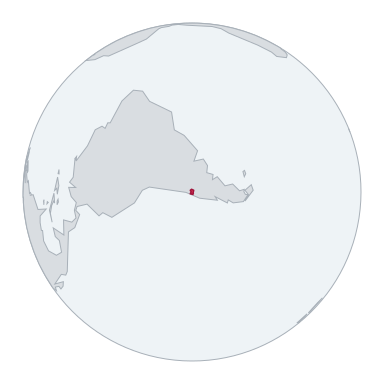 Libertador General Bernardo O'Higgins on an orthographic globe, rotated 273°
{"feature_id": "CHL-2703", "entity_name": "Libertador General Bernardo O'Higgins", "entity_type": "Region", "adm_level": 1, "iso_a3": "CHL", "parent_name": "Chile", "parent_adm1": "", "projection": "orthographic", "projection_center": [-71.138, -34.463], "detail": "fine", "context": "on_globe", "style": "filled", "palette": "rose", "viewbox_px": 384, "rotation_deg": 273, "n_neighbors": 0, "source": "natural_earth", "source_scale": "10m", "svg_char_len": 3964}
<svg xmlns="http://www.w3.org/2000/svg" viewBox="0 0 384 384"><g transform="rotate(273 192 192)"><circle cx="192" cy="192" r="169" fill="#eef3f6" stroke="#a8b0b8"/><path d="M173.3,24.1L172.7,24.2L175.9,24.2L178.7,23.8L177.2,23.7L179.2,23.5L196.0,23.1L212.8,24.3L218.8,25.2L219.6,25.5L212.8,24.9L200.9,24.0L192.1,25.0L203.7,24.4L205.6,25.7L208.3,26.1L211.6,26.4L213.2,26.0L215.1,26.7L204.3,27.1L202.5,26.4L205.9,26.2L200.3,26.0L193.1,27.0L194.6,28.0L182.0,29.8L183.0,30.7L180.7,31.9L180.1,30.2L181.0,33.5L166.5,39.1L167.4,47.3L160.1,41.6L153.6,41.9L145.8,43.6L145.7,44.8L135.3,46.4L125.7,51.8L121.7,59.9L125.0,64.9L136.6,62.1L140.3,57.8L148.9,55.3L142.3,66.3L157.4,65.2L155.6,73.6L160.0,77.5L167.6,75.5L175.4,77.0L181.1,71.6L190.2,68.6L190.4,75.6L195.4,69.2L200.5,72.6L218.7,73.4L217.3,74.9L232.6,85.2L249.1,92.1L253.0,98.7L251.0,101.9L256.7,104.3L256.8,106.7L279.3,117.3L290.6,128.2L290.1,137.4L280.3,144.9L270.8,167.4L253.1,171.1L248.1,181.2L233.5,195.4L222.9,192.3L225.5,201.6L219.2,206.1L212.1,205.7L210.6,212.1L205.4,211.8L208.6,216.4L199.9,224.6L202.1,232.2L195.7,239.4L197.4,244.0L195.0,243.8L192.5,245.4L192.2,248.0L185.1,243.8L183.3,233.7L186.0,228.6L182.9,227.9L188.6,215.3L185.1,217.8L186.2,200.0L191.3,186.0L194.7,149.1L191.1,142.3L178.1,135.1L162.5,113.3L166.7,104.0L163.3,100.4L174.4,87.8L171.5,78.0L167.6,76.9L163.6,81.0L150.3,76.8L145.7,70.7L106.1,71.6L102.4,70.3L102.9,65.8L92.9,59.8L95.7,68.2L91.2,68.2L88.3,66.2L90.8,64.0L89.9,60.5L86.3,61.8L88.8,58.3L89.9,57.4L100.5,50.0L111.7,43.3L123.4,37.6L135.4,32.8L147.8,28.9L160.5,26.0L173.3,24.1ZM166.4,50.6L183.6,54.2L173.7,55.4L175.6,54.3L171.3,52.6L163.2,51.7L154.5,53.9L166.4,50.6ZM174.4,44.7L171.4,44.7L174.4,44.4L174.4,44.7ZM197.0,253.0L185.7,245.4L192.1,248.7L196.5,244.8L202.4,250.8L197.0,253.0ZM210.0,243.4L215.1,241.8L216.3,243.3L213.1,244.7L210.0,243.4ZM342.1,269.6L339.8,273.9L339.9,272.9L336.6,277.8L333.9,279.9L331.1,279.3L331.8,269.5L335.8,264.2L342.1,250.0L352.6,220.5L356.6,212.5L358.3,203.5L358.3,178.0L358.6,169.5L357.6,163.3L356.2,160.3L354.6,152.9L353.3,150.3L342.3,138.4L336.4,127.1L323.4,101.6L323.5,96.6L319.1,88.1L317.7,79.1L325.4,88.3L332.4,98.1L338.8,108.3L344.3,118.9L349.1,129.9L353.2,141.2L356.4,152.8L358.7,164.6L360.2,176.5L360.9,188.5L360.7,200.5L359.7,212.5L357.8,224.3L355.1,236.0L351.6,247.5L347.2,258.7L342.1,269.6ZM323.2,86.1L324.7,88.2L323.2,86.1ZM219.3,73.3L221.5,74.9L218.6,74.7L219.3,73.3ZM172.2,57.9L175.9,57.8L177.8,58.6L175.0,59.1L172.2,57.9ZM203.3,57.3L207.5,58.0L203.1,58.3L203.3,57.3ZM186.3,54.7L199.9,57.0L191.3,58.7L182.7,57.6L188.7,56.8L186.3,54.7ZM172.6,47.8L174.8,48.0L174.1,49.0L172.6,47.8ZM176.6,44.6L175.7,44.7L174.6,44.1L176.6,44.6ZM206.2,25.7L207.1,25.7L210.5,26.0L208.9,26.1L206.2,25.7ZM225.4,27.2L228.0,28.3L225.0,27.4L223.3,27.4L215.0,25.9L219.6,25.5L219.0,25.8L225.4,27.2ZM205.2,24.3L209.9,24.9L204.6,24.3L205.2,24.3ZM263.7,345.0L260.1,346.6L262.3,345.6L263.7,345.0ZM78.1,315.8L77.4,314.5L82.3,318.5L88.4,323.5L93.1,327.8L78.1,315.8ZM73.9,311.8L69.5,307.7L66.6,305.2L68.6,306.6L66.6,303.5L76.4,313.3L73.9,311.8Z" fill="#d9dde1" stroke="#a8b0b8" stroke-width="1"/><path d="M194.7,191.5L194.6,191.8L194.5,192.0L194.4,192.2L194.3,192.3L194.2,192.4L194.2,192.5L194.1,192.8L194.1,193.0L193.9,193.5L193.5,193.6L193.4,193.6L193.2,193.6L192.9,193.4L192.6,193.4L192.4,193.3L192.2,193.2L191.9,193.0L191.7,193.1L191.4,193.2L191.4,193.3L190.8,193.4L190.7,193.4L190.4,193.3L190.4,193.2L190.1,193.2L189.9,193.0L189.8,192.9L189.7,192.9L189.8,192.6L189.8,192.3L189.8,192.1L189.8,191.9L189.9,191.7L189.9,191.4L189.9,191.2L190.0,190.9L190.1,190.7L190.2,190.4L190.3,190.4L190.3,190.5L190.5,190.5L190.8,190.8L190.9,190.7L191.0,190.7L191.2,190.8L191.4,190.9L191.5,190.9L191.9,191.1L192.0,191.2L192.4,191.1L192.5,191.1L192.6,190.9L192.8,190.7L193.0,190.5L193.1,190.4L193.3,190.5L193.3,190.4L193.7,190.3L193.8,190.4L193.8,190.5L194.0,190.7L194.0,190.8L194.3,190.9L194.4,191.0L194.6,191.3L194.7,191.5Z" fill="#f43f5e" stroke="#9f1239" stroke-width="1.5"/></g></svg>